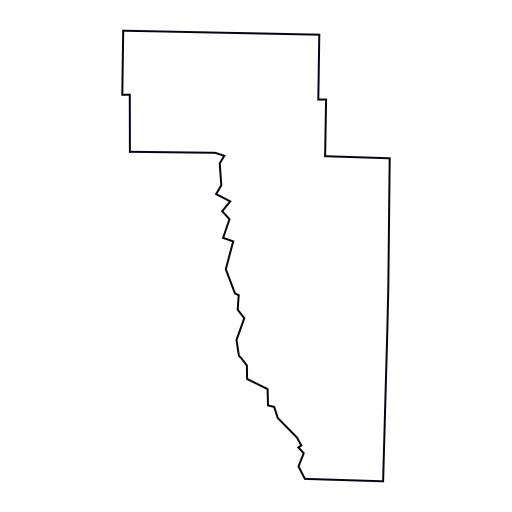 Howard, Arkansas, United States of America (Mercator projection)
{"feature_id": "52423323B29422586516725", "entity_name": "Howard", "entity_type": "district", "adm_level": 2, "iso_a3": "USA", "parent_name": "United States of America", "parent_adm1": "Arkansas", "projection": "mercator", "projection_center": [-94.035, 34.052], "detail": "fine", "context": "isolated", "style": "outline", "palette": "ink", "viewbox_px": 512, "rotation_deg": 0, "n_neighbors": 0, "source": "geoboundaries", "source_scale": "gbopen_adm2", "svg_char_len": 660}
<svg xmlns="http://www.w3.org/2000/svg" viewBox="0 0 512 512"><path d="M319.3,34.7L123.2,30.7L122.3,94.8L129.8,94.7L129.9,151.9L130.6,151.8L215.1,152.8L224.3,155.8L219.7,163.4L221.3,185.3L216.1,194.1L230.2,201.4L222.2,211.2L229.5,219.2L223.1,237.9L233.2,241.4L225.8,269.2L235.0,293.5L238.7,295.2L237.7,309.7L244.3,318.2L236.5,340.0L238.9,355.7L241.6,358.6L246.9,365.6L247.1,379.0L267.6,389.1L268.0,405.4L274.2,406.9L277.7,417.9L297.1,437.7L301.3,445.5L298.3,447.4L303.7,453.2L298.5,466.5L304.9,478.9L305.8,478.9L383.1,481.3L387.3,331.1L388.3,288.1L389.7,158.3L325.1,156.2L326.1,99.5L318.3,99.5L319.3,34.7Z" fill="none" stroke="#020617" stroke-width="2"/></svg>